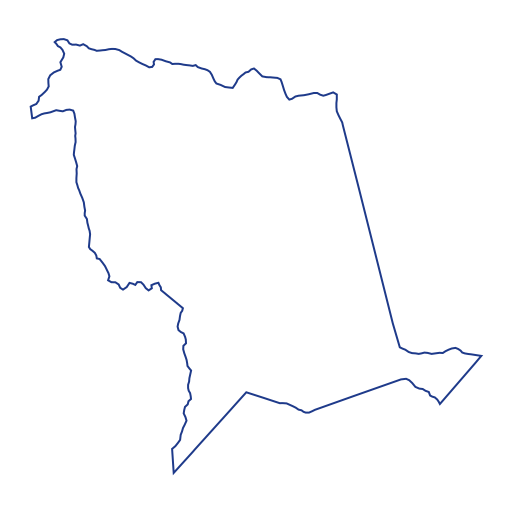 Araci, Bahia, Brazil (orthographic projection)
{"feature_id": "56859067B44798977515529", "entity_name": "Araci", "entity_type": "district", "adm_level": 2, "iso_a3": "BRA", "parent_name": "Brazil", "parent_adm1": "Bahia", "projection": "orthographic", "projection_center": [-39.114, -11.24], "detail": "fine", "context": "isolated", "style": "outline", "palette": "blue", "viewbox_px": 512, "rotation_deg": 0, "n_neighbors": 0, "source": "geoboundaries", "source_scale": "gbopen_adm2", "svg_char_len": 3835}
<svg xmlns="http://www.w3.org/2000/svg" viewBox="0 0 512 512"><path d="M115.3,49.0L112.0,48.9L109.0,49.2L105.4,50.0L102.8,50.2L100.2,50.5L96.7,50.8L94.5,49.9L91.5,49.2L88.8,48.3L86.8,46.2L83.2,44.2L79.9,45.6L76.2,44.6L72.2,44.7L69.4,43.4L67.4,40.3L63.8,39.1L60.3,39.3L57.1,40.1L54.7,42.1L56.4,43.9L57.9,46.1L60.4,47.4L62.5,49.9L64.2,53.7L63.3,57.4L60.4,62.2L61.7,66.8L60.3,69.8L57.7,70.7L53.9,72.4L50.2,75.3L48.3,79.1L48.4,83.0L48.7,86.4L47.0,89.6L44.9,91.9L41.6,95.0L39.1,96.8L38.6,100.7L36.3,104.0L33.2,105.3L30.7,106.6L32.2,118.3L35.2,117.7L38.5,115.8L41.6,114.2L44.4,113.4L47.0,113.0L50.4,112.3L54.0,111.0L56.2,110.2L59.5,110.8L62.8,111.3L66.4,109.9L69.7,109.6L73.2,110.6L74.4,113.7L75.0,117.5L75.7,121.2L75.5,124.2L75.0,127.0L75.3,130.5L75.6,133.4L75.2,135.9L75.5,138.7L75.6,142.1L74.8,145.7L74.4,149.2L74.0,152.3L73.8,154.9L74.9,158.2L76.1,162.1L77.2,166.1L76.5,169.1L76.7,173.6L76.4,178.2L76.4,182.2L77.4,185.3L78.1,187.9L79.2,190.3L80.3,193.5L82.3,198.0L83.8,202.3L84.4,206.9L85.1,210.6L84.7,213.1L84.7,215.6L86.9,219.0L87.4,222.8L88.1,225.5L88.8,228.5L89.6,230.8L90.1,234.2L88.9,247.0L90.2,249.1L92.5,250.8L94.8,252.8L96.3,255.5L96.8,258.4L99.6,259.0L102.7,262.9L105.0,266.1L106.2,268.5L107.3,270.8L108.5,273.2L109.4,276.3L108.1,280.3L111.4,282.2L115.4,282.3L118.7,284.5L120.2,287.8L123.0,289.6L126.7,287.1L129.5,282.9L132.7,283.7L135.3,284.9L137.3,282.1L141.0,282.2L143.5,284.7L145.8,288.2L148.6,290.4L151.8,288.3L151.4,285.2L154.8,283.7L158.4,282.8L159.4,285.1L160.8,287.3L161.1,290.2L182.9,308.2L182.2,310.8L180.7,312.9L180.0,316.1L179.5,319.9L178.2,323.5L177.6,326.6L178.5,330.1L180.8,332.0L183.6,333.4L185.1,336.9L185.8,339.5L186.0,343.3L183.4,345.8L183.2,349.3L184.3,353.3L185.6,356.9L186.6,360.0L187.2,363.5L187.5,366.0L189.4,368.5L191.1,370.5L190.3,374.1L189.4,378.2L189.1,381.6L188.1,384.8L188.1,388.1L188.7,390.7L190.1,393.1L190.7,396.2L191.0,399.0L188.5,401.2L187.7,404.4L185.0,406.9L184.2,410.1L183.7,413.4L185.5,417.2L186.5,420.7L184.6,424.9L183.0,428.0L182.0,431.5L180.7,434.8L180.1,439.9L178.1,442.7L175.4,446.1L172.1,448.9L173.7,472.9L193.1,451.5L194.8,449.5L229.6,410.9L241.6,397.5L246.3,392.3L263.7,397.9L279.8,403.2L282.3,403.1L286.6,403.4L292.8,406.2L295.8,407.7L298.5,409.6L301.5,410.3L303.5,411.8L305.7,412.6L309.0,412.6L312.2,411.2L315.0,409.8L353.3,396.2L401.0,379.4L406.1,378.8L409.2,380.2L412.2,383.0L415.4,386.9L419.3,388.6L422.7,389.0L425.5,390.8L428.8,392.0L430.1,395.5L432.2,396.6L434.8,397.4L437.2,399.5L438.7,401.7L439.9,404.0L474.8,363.6L481.3,355.9L471.0,354.3L468.3,354.0L464.8,353.4L462.2,352.5L460.6,350.6L458.2,349.0L455.5,347.9L451.7,348.5L448.6,349.7L445.5,351.2L442.8,353.0L439.6,352.8L435.9,353.3L431.6,353.9L427.6,352.9L424.4,352.6L421.4,353.4L418.7,353.9L415.8,353.4L412.0,353.1L408.7,352.0L405.3,349.7L402.5,348.6L399.8,347.3L392.8,323.4L375.6,254.9L358.7,187.7L342.9,125.5L342.2,122.4L340.2,118.6L338.5,115.2L336.8,111.3L336.4,107.3L336.4,103.0L336.8,99.4L336.8,94.5L333.2,92.4L329.5,93.7L325.9,95.0L323.3,95.7L320.2,94.7L317.3,93.0L313.8,93.0L308.6,94.3L304.0,95.2L298.7,95.7L295.4,96.5L292.0,98.8L289.3,99.6L286.9,96.9L285.5,93.8L284.1,90.1L282.8,85.8L281.6,82.0L280.5,79.3L277.3,77.9L273.7,77.6L270.5,77.3L266.8,77.2L262.3,76.4L258.6,72.7L256.8,70.8L254.0,68.5L251.2,69.4L248.5,71.8L245.5,72.5L243.6,74.1L241.4,75.7L239.3,77.7L237.6,79.6L236.5,82.1L235.1,84.4L232.7,87.9L228.9,87.5L225.0,87.0L220.6,84.9L216.4,83.5L214.8,81.4L213.4,78.5L211.8,74.8L209.9,71.8L207.5,70.2L204.8,69.2L201.7,68.5L197.8,67.1L195.7,65.1L192.8,65.9L189.7,65.4L186.8,65.1L183.6,64.7L180.9,64.1L178.5,63.8L175.0,63.8L172.3,64.0L170.0,62.4L165.9,61.3L161.5,59.7L157.9,59.1L155.4,59.2L153.6,61.9L154.0,64.4L152.2,66.9L149.2,67.3L145.7,65.4L142.4,64.0L139.0,62.3L136.0,60.6L133.6,58.3L130.8,56.4L128.3,55.1L124.9,53.3L122.0,51.8L119.3,50.1L115.3,49.0Z" fill="none" stroke="#1e3a8a" stroke-width="2"/></svg>